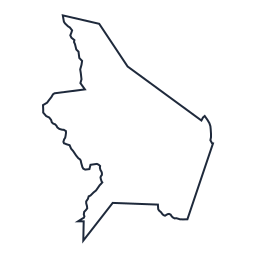 the district of Jempol, Negeri Sembilan, Malaysia
{"feature_id": "92858781B63970994898514", "entity_name": "Jempol", "entity_type": "district", "adm_level": 2, "iso_a3": "MYS", "parent_name": "Malaysia", "parent_adm1": "Negeri Sembilan", "projection": "robinson", "projection_center": [102.399, 2.869], "detail": "fine", "context": "isolated", "style": "outline", "palette": "slate", "viewbox_px": 256, "rotation_deg": 0, "n_neighbors": 0, "source": "geoboundaries", "source_scale": "gbopen_adm2", "svg_char_len": 1605}
<svg xmlns="http://www.w3.org/2000/svg" viewBox="0 0 256 256"><path d="M62.8,15.4L63.9,21.7L65.0,23.4L68.0,26.3L69.9,27.5L72.1,30.4L71.2,33.1L70.3,35.3L71.4,37.7L74.4,40.1L74.0,42.0L75.0,44.2L76.3,49.5L78.5,51.7L79.3,58.0L82.1,60.9L81.5,64.8L80.2,69.4L80.8,73.2L81.5,79.3L80.4,83.1L84.9,89.4L54.5,93.3L53.0,94.3L51.3,97.2L49.0,100.1L47.1,102.7L43.0,105.1L43.2,109.2L43.2,112.6L46.2,116.1L49.2,117.5L51.1,119.9L51.8,122.3L53.2,123.6L55.1,124.3L56.5,125.8L57.3,127.4L59.3,128.9L62.1,129.7L63.8,129.8L65.9,131.1L66.0,132.9L65.6,135.7L65.2,137.7L64.1,139.4L63.4,141.9L64.0,143.3L65.8,143.9L66.0,144.1L69.6,145.2L71.1,148.7L73.1,151.0L76.1,155.5L78.3,158.2L80.0,159.4L80.7,160.5L81.2,162.9L81.8,165.0L82.4,167.1L83.3,168.7L85.2,169.6L89.4,169.1L90.5,164.8L96.9,163.9L98.6,164.7L100.1,166.0L99.9,167.9L100.5,170.1L101.4,171.5L101.9,173.0L101.9,174.9L101.0,176.1L100.5,177.3L100.8,179.0L101.6,181.4L102.3,182.4L100.8,184.1L99.7,185.2L97.7,188.1L96.0,190.5L93.6,192.4L91.9,194.1L90.4,195.6L88.7,196.3L87.9,198.9L86.2,201.4L86.2,203.3L87.0,206.2L87.2,208.4L85.7,210.3L84.2,211.8L83.8,214.4L84.4,216.4L83.8,217.8L82.5,218.5L78.1,221.3L83.7,221.3L83.3,240.6L112.7,202.9L157.9,204.6L158.2,209.1L159.0,210.5L161.1,212.3L162.3,214.0L163.5,215.1L165.0,215.7L167.5,214.2L169.0,213.9L170.6,214.6L171.7,216.3L172.8,217.4L174.6,218.4L176.3,218.2L178.4,218.8L179.9,219.3L183.1,219.4L187.4,219.3L213.0,143.4L212.0,143.2L210.4,140.2L211.0,137.2L211.0,133.8L210.7,129.2L210.4,126.2L209.4,123.2L207.4,119.8L204.7,116.0L203.0,117.5L201.4,120.5L127.6,66.5L99.2,23.8L62.8,15.4Z" fill="none" stroke="#1e293b" stroke-width="2"/></svg>